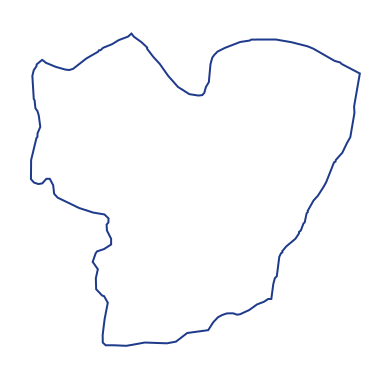 Patzún, Chimaltenango, Guatemala (Mercator projection), rotated 182°
{"feature_id": "79465075B61157694740062", "entity_name": "Patzún", "entity_type": "district", "adm_level": 2, "iso_a3": "GTM", "parent_name": "Guatemala", "parent_adm1": "Chimaltenango", "projection": "mercator", "projection_center": [-91.025, 14.656], "detail": "fine", "context": "isolated", "style": "outline", "palette": "blue", "viewbox_px": 384, "rotation_deg": 182, "n_neighbors": 0, "source": "geoboundaries", "source_scale": "gbopen_adm2", "svg_char_len": 1823}
<svg xmlns="http://www.w3.org/2000/svg" viewBox="0 0 384 384"><g transform="rotate(182 192 192)"><path d="M346.4,318.8L351.7,314.1L351.8,312.4L354.4,308.2L355.6,302.5L353.4,279.5L352.5,278.1L351.4,270.2L349.3,267.5L347.8,263.1L345.9,251.8L348.4,245.2L348.4,241.7L349.4,240.3L353.9,218.3L353.4,199.2L350.2,195.9L345.8,194.6L341.9,195.4L338.0,200.1L334.6,200.2L331.0,194.0L329.7,185.4L326.1,181.7L304.4,172.1L290.0,168.0L278.7,166.5L274.5,162.7L274.5,158.6L276.2,156.4L275.7,150.6L271.2,142.4L271.0,136.7L277.9,131.9L284.7,129.4L286.1,127.5L288.8,118.7L283.4,111.5L285.1,102.4L284.4,91.5L278.2,85.4L276.2,84.8L272.3,78.4L274.9,61.9L276.3,45.9L275.9,38.4L272.9,35.8L265.0,36.1L252.3,36.0L247.3,37.0L234.0,39.9L211.8,39.9L202.8,41.9L191.9,50.9L171.0,54.5L166.2,62.6L161.6,67.8L157.6,70.1L152.9,71.9L146.6,72.2L142.8,71.0L139.9,71.4L130.8,76.0L123.1,81.9L116.3,84.8L112.2,87.7L109.0,87.9L107.5,103.1L106.2,108.7L104.3,110.8L102.5,130.3L100.9,133.9L99.6,134.8L99.7,136.0L95.9,140.9L87.0,148.9L83.7,154.2L83.6,155.9L81.9,157.3L79.5,164.4L78.3,165.6L76.7,174.7L75.5,176.1L75.7,177.2L70.2,187.8L66.1,192.6L60.7,201.7L58.2,206.6L51.1,226.6L49.7,227.3L49.4,229.0L43.1,236.6L38.8,246.4L35.7,252.3L32.4,276.8L33.0,283.1L28.4,316.3L46.8,325.1L48.4,326.6L54.0,328.0L75.8,339.5L81.8,341.7L98.0,345.2L113.4,347.3L138.1,346.4L139.5,345.4L149.1,343.6L164.1,337.2L171.4,333.2L174.5,329.8L176.4,327.0L178.0,320.3L179.0,302.4L181.7,297.6L183.2,291.5L185.1,289.2L188.9,288.6L198.1,289.7L209.7,296.5L220.0,307.4L228.7,318.9L235.5,325.8L241.9,333.6L241.8,334.8L247.5,339.8L255.4,345.1L258.1,348.2L261.3,345.1L270.6,341.2L277.1,336.9L285.9,333.0L288.3,330.6L289.9,330.4L290.8,328.9L302.2,321.8L315.2,310.9L317.0,310.3L319.1,309.6L323.1,310.0L332.5,312.3L342.7,316.1L344.5,317.6L346.4,318.8Z" fill="none" stroke="#1e3a8a" stroke-width="2"/></g></svg>